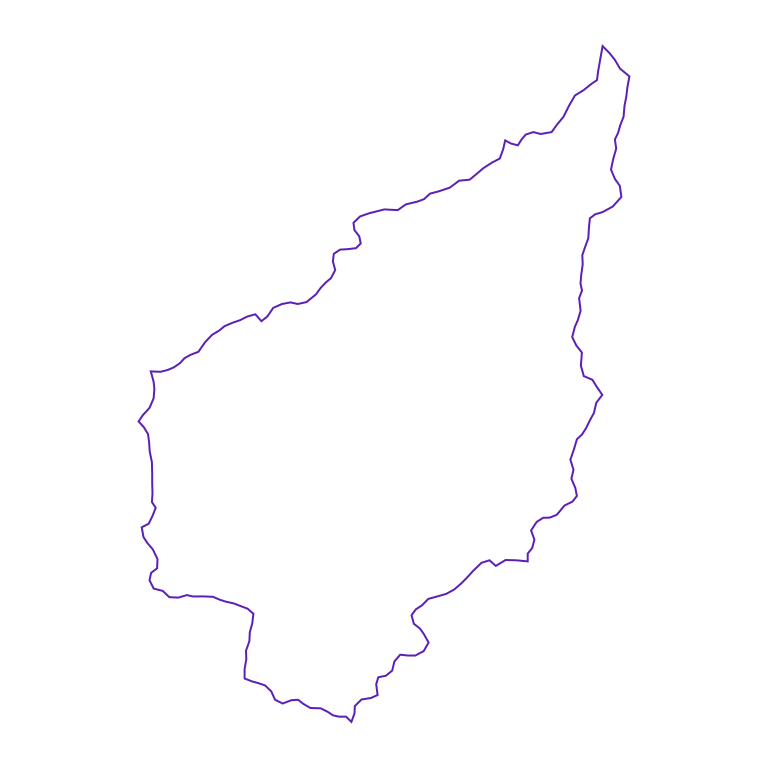 the district of Nova Módica, Minas Gerais, Brazil
{"feature_id": "56859067B57192230716204", "entity_name": "Nova Módica", "entity_type": "district", "adm_level": 2, "iso_a3": "BRA", "parent_name": "Brazil", "parent_adm1": "Minas Gerais", "projection": "mercator", "projection_center": [-41.519, -18.438], "detail": "fine", "context": "isolated", "style": "outline", "palette": "violet", "viewbox_px": 768, "rotation_deg": 0, "n_neighbors": 0, "source": "geoboundaries", "source_scale": "gbopen_adm2", "svg_char_len": 2934}
<svg xmlns="http://www.w3.org/2000/svg" viewBox="0 0 768 768"><path d="M351.4,721.9L354.5,713.4L354.8,706.1L361.5,699.5L370.9,698.0L377.6,695.0L376.2,684.2L378.3,677.3L385.9,675.7L392.2,670.6L394.4,661.4L400.2,654.7L407.7,655.5L415.4,655.5L423.7,651.1L428.6,642.5L423.8,634.0L420.0,628.6L413.9,623.8L411.5,615.3L415.8,609.4L422.0,605.3L428.3,598.9L438.5,596.1L446.2,593.9L454.2,589.5L461.6,583.1L467.4,577.2L473.0,571.0L481.5,562.8L489.5,560.3L495.8,565.9L505.6,560.0L516.4,560.3L527.7,561.4L527.7,553.6L532.2,548.0L534.4,539.6L531.1,530.4L536.7,521.9L543.1,517.8L549.8,517.6L556.8,514.8L564.4,505.6L572.4,501.6L576.9,496.0L575.3,487.9L571.4,478.7L573.5,469.8L570.4,459.6L574.2,448.5L576.9,439.2L582.0,434.5L586.1,428.1L590.0,420.1L593.9,413.0L596.3,402.7L602.3,394.9L596.6,386.6L592.4,379.8L583.8,376.1L580.9,365.7L581.9,352.5L576.4,345.6L572.2,337.1L574.9,326.7L577.8,320.2L580.6,310.8L579.1,298.1L582.0,290.6L580.5,283.5L581.2,275.1L582.7,264.4L582.3,255.1L585.1,247.0L588.3,238.3L588.9,228.2L589.9,218.3L595.2,214.3L602.6,212.1L612.8,206.5L621.4,196.9L619.8,185.8L614.9,178.9L611.0,169.6L613.1,159.4L616.2,148.6L614.9,139.4L618.0,133.1L620.2,125.4L623.6,116.6L624.5,105.8L626.3,96.6L627.4,87.4L629.4,76.4L620.0,68.6L614.9,59.9L609.5,53.1L602.6,46.1L600.4,58.3L598.1,71.5L597.0,80.1L591.1,84.1L583.8,90.0L574.9,95.5L569.0,105.8L563.4,116.9L557.0,124.6L551.6,132.1L540.7,134.0L533.3,132.1L525.7,134.6L521.4,139.7L517.9,145.3L510.9,143.5L505.2,140.4L503.2,149.1L499.8,158.5L492.0,162.6L483.3,168.2L475.9,174.5L469.6,179.7L459.1,180.7L449.7,187.7L438.5,191.4L430.1,193.6L424.1,199.1L417.4,201.6L405.8,204.4L397.8,210.1L391.2,209.8L384.3,209.4L376.9,211.3L368.7,213.4L360.1,216.4L353.5,222.8L354.4,230.1L359.3,236.4L360.7,243.5L355.9,248.2L347.2,249.2L340.1,249.6L333.8,253.8L332.9,261.4L335.2,270.0L331.0,278.1L325.8,282.5L320.9,287.6L316.0,294.3L306.5,302.1L297.7,304.0L290.5,302.4L282.0,304.0L273.3,307.8L267.3,316.5L261.4,321.2L255.4,314.3L247.4,316.5L240.0,320.2L232.4,322.8L224.6,326.1L219.4,330.4L212.1,334.8L205.0,342.3L198.4,351.8L190.6,354.8L184.6,358.1L179.9,363.2L173.9,367.3L167.9,369.9L160.5,371.8L150.8,371.4L153.6,381.7L154.4,389.0L153.6,398.4L149.5,407.9L142.8,415.2L138.6,421.5L143.7,427.0L148.0,434.0L149.1,442.2L149.7,451.4L151.9,462.2L152.2,473.3L152.2,483.2L152.5,493.5L151.9,502.0L155.7,507.8L152.6,515.7L148.7,523.7L141.7,527.3L143.5,537.1L147.6,543.3L152.9,549.5L157.5,559.1L157.1,568.3L151.1,572.9L149.5,580.2L153.7,588.6L162.7,590.9L169.4,597.2L178.4,597.6L186.8,595.1L193.1,596.5L202.9,596.4L213.0,596.8L219.7,599.7L226.0,601.7L234.1,603.5L240.4,606.0L247.6,608.7L253.4,613.8L252.3,623.1L249.8,632.3L249.4,641.1L246.0,650.7L246.3,659.2L244.6,669.1L244.6,678.5L252.0,681.4L258.6,683.2L265.0,685.4L271.2,691.3L275.1,699.8L282.7,703.5L291.4,700.2L298.1,699.8L303.4,703.9L310.4,708.0L320.6,708.3L327.5,711.7L332.9,715.3L339.1,716.7L346.1,716.7L351.4,721.9Z" fill="none" stroke="#5b21b6" stroke-width="2"/></svg>